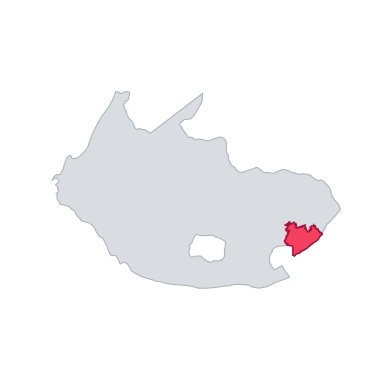 Ehlanzeni, Mpumalanga, South Africa shown in context, rotated 54°
{"feature_id": "47623444B37290189898198", "entity_name": "Ehlanzeni", "entity_type": "district", "adm_level": 2, "iso_a3": "ZAF", "parent_name": "South Africa", "parent_adm1": "Mpumalanga", "projection": "robinson", "projection_center": [30.857, -24.99], "detail": "fine", "context": "in_parent", "style": "filled", "palette": "rose", "viewbox_px": 384, "rotation_deg": 54, "n_neighbors": 0, "source": "geoboundaries", "source_scale": "gbopen_adm2", "svg_char_len": 7552}
<svg xmlns="http://www.w3.org/2000/svg" viewBox="0 0 384 384"><g transform="rotate(54 192 192)"><path d="M260.0,79.3L268.3,78.1L272.0,78.8L276.5,80.7L280.7,81.4L287.8,80.7L290.2,81.1L292.2,81.7L293.6,82.7L295.6,90.4L297.3,98.6L297.3,101.2L297.5,102.2L299.6,105.7L300.3,107.8L301.5,109.6L304.1,118.3L304.4,119.8L304.3,140.9L303.3,143.5L303.7,146.8L302.5,147.2L295.5,143.0L294.2,143.2L292.3,144.7L290.4,147.2L289.6,149.3L286.0,155.0L285.8,158.6L286.1,161.7L287.3,161.8L288.1,164.1L290.0,167.6L293.3,169.9L296.3,170.9L300.5,171.2L303.8,171.1L303.6,168.7L304.4,162.3L309.9,163.1L318.1,162.9L317.5,167.0L314.5,176.5L312.6,187.2L310.1,192.6L308.8,194.8L304.8,198.7L302.7,200.0L301.0,200.5L294.2,208.4L291.6,212.3L289.4,217.9L287.2,220.9L283.9,227.5L278.2,237.1L273.4,243.5L271.2,245.3L269.8,246.1L266.0,249.8L260.6,255.7L256.5,261.0L250.4,266.9L246.9,269.5L241.6,274.7L240.1,275.4L234.1,280.2L229.8,283.1L222.9,286.4L220.1,287.4L213.5,286.5L210.7,287.0L208.4,289.0L208.3,291.9L207.3,292.3L201.2,291.0L198.7,291.2L197.3,292.8L196.1,294.7L192.6,294.8L186.4,292.8L179.0,291.6L177.4,291.4L173.8,292.9L172.6,293.2L167.5,292.8L164.6,291.9L161.8,291.9L159.8,292.7L157.2,292.9L150.5,298.4L146.9,298.4L143.9,299.1L138.5,298.3L136.9,298.7L135.3,299.6L131.6,300.0L130.2,300.9L124.1,305.9L121.6,305.3L118.3,305.3L114.6,302.6L113.2,302.8L113.5,302.0L113.6,300.6L112.3,299.1L110.8,299.2L110.0,298.0L107.8,297.9L106.0,298.3L105.5,293.7L104.6,293.2L102.4,293.1L101.4,293.3L100.9,293.7L100.3,294.7L100.4,298.0L99.6,297.0L98.7,295.1L98.3,293.0L98.5,290.6L100.2,289.7L99.6,286.6L96.8,281.3L95.2,280.2L93.8,277.4L92.5,276.4L91.9,274.5L90.7,273.0L90.2,270.6L90.8,269.2L91.8,268.4L92.9,269.6L94.3,269.2L96.1,267.4L97.1,264.8L97.0,260.5L96.6,257.9L94.9,251.0L94.1,249.5L90.5,244.6L86.2,238.0L80.8,227.7L78.1,221.4L74.0,208.9L70.6,201.8L66.4,195.2L65.9,194.7L66.5,193.9L68.5,192.4L69.5,192.0L70.0,192.2L70.5,191.8L71.0,190.7L71.2,188.4L72.2,185.9L73.0,184.9L74.9,184.2L76.3,185.1L77.0,186.0L77.3,187.2L77.9,187.8L78.9,187.7L79.7,188.5L80.1,190.0L80.1,191.1L79.5,191.7L79.6,192.6L80.4,193.7L81.3,196.2L85.2,197.4L87.3,197.6L89.4,198.2L91.4,199.3L94.6,199.6L99.0,199.0L102.7,199.3L105.6,200.3L107.7,200.5L108.9,199.8L109.5,198.9L109.3,197.6L109.9,196.8L111.3,196.5L112.4,195.5L113.3,194.0L115.3,192.7L118.4,191.7L120.0,191.7L118.4,125.5L124.1,130.1L125.5,132.2L128.4,138.4L131.4,146.1L131.9,149.7L131.8,150.5L129.0,155.6L129.0,158.0L129.4,160.9L130.1,162.4L131.0,162.9L133.0,162.1L136.1,162.9L142.0,162.6L144.9,163.0L145.7,162.7L146.3,162.1L147.1,160.4L147.7,159.8L150.5,159.0L151.7,158.0L153.6,154.6L159.3,150.0L160.0,148.9L163.5,137.8L164.6,136.2L166.2,135.2L169.4,134.4L171.3,134.8L173.4,135.8L175.7,137.4L179.2,140.4L180.4,140.8L183.8,141.0L186.0,142.9L192.5,144.3L194.3,144.2L196.3,143.1L199.6,143.2L203.2,142.4L205.3,140.5L209.3,128.4L209.8,125.7L210.2,125.0L213.6,123.6L217.7,122.6L218.6,122.0L221.1,118.7L224.5,115.9L226.8,106.2L228.3,103.9L229.2,103.0L229.8,103.0L230.7,102.4L231.8,101.2L233.1,100.4L234.7,100.2L235.7,99.4L236.1,98.1L236.9,97.4L238.1,97.5L238.7,97.1L238.9,96.2L241.4,94.1L241.4,93.3L242.9,91.2L245.7,88.0L248.4,86.2L250.9,85.8L255.5,84.2L257.1,82.6L258.2,80.5L260.0,79.3ZM252.9,222.0L257.0,220.3L260.0,218.2L260.6,214.2L262.9,211.8L263.8,209.6L264.4,206.5L263.0,203.2L261.1,202.3L257.7,199.5L256.2,197.6L254.1,196.0L252.6,194.1L250.3,194.7L246.6,196.2L244.4,197.7L242.5,199.3L239.0,200.5L235.9,205.9L234.8,207.1L232.4,211.0L228.7,212.9L228.7,213.6L229.9,216.8L231.6,219.9L233.4,222.5L233.3,224.1L233.9,225.3L235.5,226.2L238.2,229.4L239.5,230.4L243.6,231.2L244.2,231.0L245.3,229.1L245.4,227.7L248.1,223.6L249.2,222.3L252.9,222.0Z" fill="#d9dde1" stroke="#a8b0b8" stroke-width="1"/><path d="M302.8,111.3L302.3,111.3L302.2,111.3L301.9,111.3L301.8,111.5L301.7,111.5L301.5,111.4L301.4,111.4L301.2,111.2L301.0,111.3L300.9,111.3L300.8,111.5L300.7,111.5L300.5,111.8L300.5,112.0L300.5,112.4L300.4,112.4L300.3,112.5L300.2,112.6L299.8,112.6L299.7,112.6L299.6,112.4L299.5,112.2L299.4,111.9L299.2,111.8L298.9,111.9L298.7,112.0L298.5,112.3L298.4,112.5L298.2,112.5L298.1,112.4L298.0,112.2L297.9,112.2L297.6,112.2L297.5,112.3L297.5,112.5L297.4,112.5L297.2,112.5L297.0,112.3L296.9,112.3L296.8,112.2L296.7,112.2L296.4,112.1L296.2,112.1L296.1,111.9L295.9,111.9L295.9,112.0L295.9,112.3L295.8,112.5L295.7,112.5L295.4,112.7L295.3,112.8L295.2,112.8L295.2,112.7L294.9,112.6L294.7,112.8L294.4,112.9L294.2,113.0L293.9,113.0L293.8,112.9L293.7,112.9L293.5,113.0L293.3,113.2L293.2,113.3L292.9,113.2L292.9,112.9L292.8,112.7L292.7,112.6L292.5,112.4L292.4,112.3L292.2,112.2L291.8,112.2L291.7,112.3L291.7,112.5L291.4,112.7L291.4,112.8L291.1,112.9L290.9,112.8L290.7,112.8L290.3,113.0L290.2,113.0L290.4,113.2L290.9,113.2L290.9,113.7L290.6,113.7L290.7,114.2L290.3,114.5L289.8,114.9L289.9,115.7L290.0,116.4L290.0,117.1L289.9,117.3L290.7,117.4L291.4,117.3L291.6,117.2L292.2,117.0L292.3,117.2L292.6,117.8L292.8,118.1L291.6,118.3L291.6,119.4L292.2,119.2L292.5,119.7L293.0,120.5L292.6,121.6L292.3,121.6L291.7,121.6L290.8,121.7L290.6,121.8L290.4,121.8L289.9,121.8L289.1,121.9L288.4,122.0L288.4,120.9L287.7,121.0L287.1,121.2L286.4,120.8L286.0,120.6L285.7,120.3L285.3,119.8L284.9,120.5L284.9,121.4L284.9,121.9L284.9,122.5L284.4,122.1L284.1,122.8L284.6,123.6L284.7,124.2L284.2,124.7L284.1,124.8L283.4,124.8L283.4,125.2L283.9,125.5L283.7,126.2L283.4,126.9L283.2,126.7L283.0,127.3L282.6,127.5L282.6,128.1L282.3,127.7L282.0,127.8L281.3,128.0L281.3,128.3L281.2,128.7L280.9,128.3L280.6,128.0L280.4,127.1L280.2,126.9L279.6,126.8L279.6,127.0L279.8,127.2L279.7,127.2L279.1,126.8L279.1,127.1L279.1,127.3L279.0,127.5L278.5,127.3L278.4,127.3L278.4,127.5L278.4,127.4L278.4,127.5L278.3,127.4L278.2,127.2L277.4,127.1L276.7,127.0L276.3,128.2L276.2,129.0L276.2,129.4L276.4,129.4L276.4,129.5L276.6,130.0L276.1,130.1L275.9,130.1L275.9,131.2L275.8,131.8L275.5,131.7L275.0,131.8L275.0,131.5L274.5,131.0L274.0,130.7L274.0,131.1L273.3,131.2L273.5,131.8L273.7,132.2L273.7,133.7L273.8,133.7L273.7,134.1L273.6,134.6L273.7,135.7L273.5,135.9L274.0,136.2L274.7,135.2L274.9,134.9L275.2,134.5L275.2,134.3L275.3,134.3L275.5,133.9L275.4,133.9L275.5,133.6L275.5,133.4L275.8,133.8L275.8,134.0L276.3,134.4L276.4,134.5L276.5,134.5L276.5,134.8L276.6,135.0L276.6,134.9L276.7,135.1L276.5,135.3L276.6,135.5L276.8,136.0L277.1,136.1L277.1,135.9L277.5,136.0L277.4,136.4L277.3,137.0L277.4,136.9L277.1,137.3L277.3,137.6L277.5,137.8L277.7,138.1L277.9,137.7L278.3,137.6L278.8,138.1L279.0,138.4L279.6,137.6L280.1,137.2L279.8,136.4L280.2,135.9L280.5,135.8L280.4,136.4L280.5,136.5L280.6,136.9L280.7,137.0L281.0,137.7L281.0,137.9L281.3,137.7L281.5,138.1L281.8,138.0L282.0,138.0L282.3,138.2L282.2,138.5L281.9,139.2L282.0,139.5L282.4,139.6L282.5,139.6L282.8,139.5L283.0,140.2L283.4,140.9L283.3,141.0L283.1,141.1L283.0,141.4L283.9,141.7L283.6,142.4L284.9,142.9L284.9,143.0L284.9,143.5L285.0,143.8L285.2,144.0L285.2,144.4L285.4,144.5L285.5,144.9L285.5,145.0L285.9,145.1L286.2,145.2L286.3,145.3L286.3,145.9L286.2,146.0L286.7,146.2L287.2,146.2L287.9,146.3L288.6,146.4L288.8,146.1L289.3,145.6L289.7,145.2L289.7,145.5L289.7,146.0L289.9,146.2L291.0,146.2L293.1,144.1L293.9,142.9L295.5,142.5L297.4,143.9L298.4,144.6L302.5,147.6L304.1,146.7L303.4,144.7L304.2,142.1L304.5,141.7L304.6,141.2L304.6,140.8L304.5,140.1L304.5,139.0L304.2,139.0L304.2,138.7L304.2,138.4L304.2,138.1L304.2,137.8L304.4,137.4L304.7,136.5L304.8,136.5L304.8,136.4L304.9,135.1L305.0,133.9L305.0,132.9L305.1,131.9L305.0,130.7L304.8,128.2L304.5,124.0L304.7,121.9L304.8,119.7L304.4,117.0L304.3,116.9L303.2,114.8L302.8,111.6L302.8,111.3Z" fill="#f43f5e" stroke="#9f1239" stroke-width="1.5"/></g></svg>